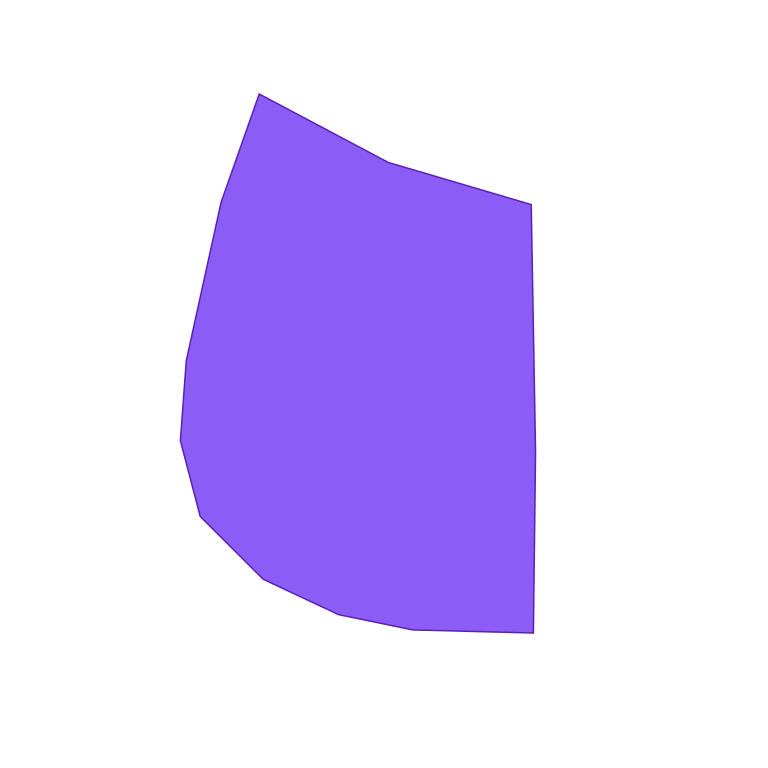 map outline of Mosteiros (Robinson projection), rotated 211°
{"feature_id": "CPV-5043", "entity_name": "Mosteiros", "entity_type": "state/province", "adm_level": 1, "iso_a3": "CPV", "parent_name": "Cabo Verde", "parent_adm1": "", "projection": "robinson", "projection_center": [-24.364, 14.995], "detail": "fine", "context": "isolated", "style": "filled", "palette": "violet", "viewbox_px": 768, "rotation_deg": 211, "n_neighbors": 0, "source": "natural_earth", "source_scale": "10m", "svg_char_len": 327}
<svg xmlns="http://www.w3.org/2000/svg" viewBox="0 0 768 768"><g transform="rotate(211 384 384)"><path d="M127.7,247.5L232.7,188.0L304.1,162.9L386.9,154.4L473.3,175.8L529.4,230.6L565.6,302.4L617.2,455.8L640.3,568.3L494.5,576.1L350.2,613.6L218.9,403.5L127.7,247.5Z" fill="#8b5cf6" stroke="#5b21b6" stroke-width="1.5"/></g></svg>